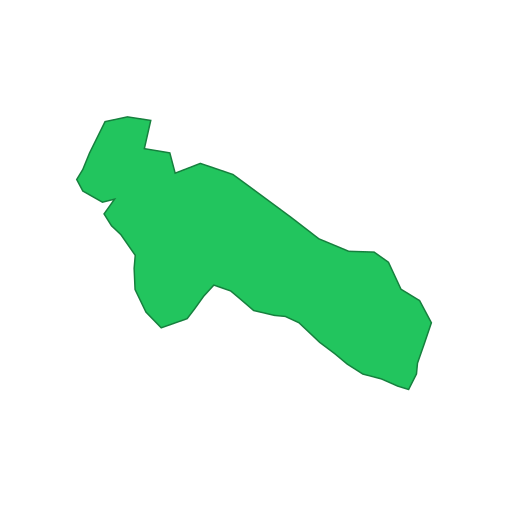 Pano Zodeia, Cyprus (Albers equal-area conic projection), rotated 62°
{"feature_id": "46923920B9088194369426", "entity_name": "Pano Zodeia", "entity_type": "district", "adm_level": 2, "iso_a3": "CYP", "parent_name": "Cyprus", "parent_adm1": "", "projection": "albers", "projection_center": [33.002, 35.145], "detail": "fine", "context": "isolated", "style": "filled", "palette": "green", "viewbox_px": 512, "rotation_deg": 62, "n_neighbors": 0, "source": "geoboundaries", "source_scale": "gbopen_adm2", "svg_char_len": 788}
<svg xmlns="http://www.w3.org/2000/svg" viewBox="0 0 512 512"><g transform="rotate(62 256 256)"><path d="M66.5,326.2L86.9,354.6L98.3,368.3L104.3,378.4L117.4,378.4L136.4,366.3L139.4,354.2L147.5,370.4L161.5,369.4L173.6,365.3L198.7,362.3L209.7,369.4L228.8,378.5L253.9,379.5L274.9,373.4L279.0,346.2L273.9,335.1L266.9,321.0L261.9,306.9L274.9,294.8L285.0,290.7L303.0,283.7L317.1,267.6L323.1,258.5L335.1,249.4L362.2,240.3L379.3,232.3L394.3,226.2L410.4,217.1L423.4,203.0L437.5,191.9L445.5,183.9L435.5,169.7L426.4,163.7L413.4,149.6L397.3,132.5L372.2,132.5L353.4,143.6L323.7,142.0L308.0,149.9L295.4,171.9L270.4,192.4L239.0,206.6L206.1,222.3L173.2,238.1L148.1,261.7L144.9,288.5L124.5,283.7L108.8,304.2L86.9,285.3L72.8,304.2L66.5,326.2Z" fill="#22c55e" stroke="#15803d" stroke-width="1.5"/></g></svg>